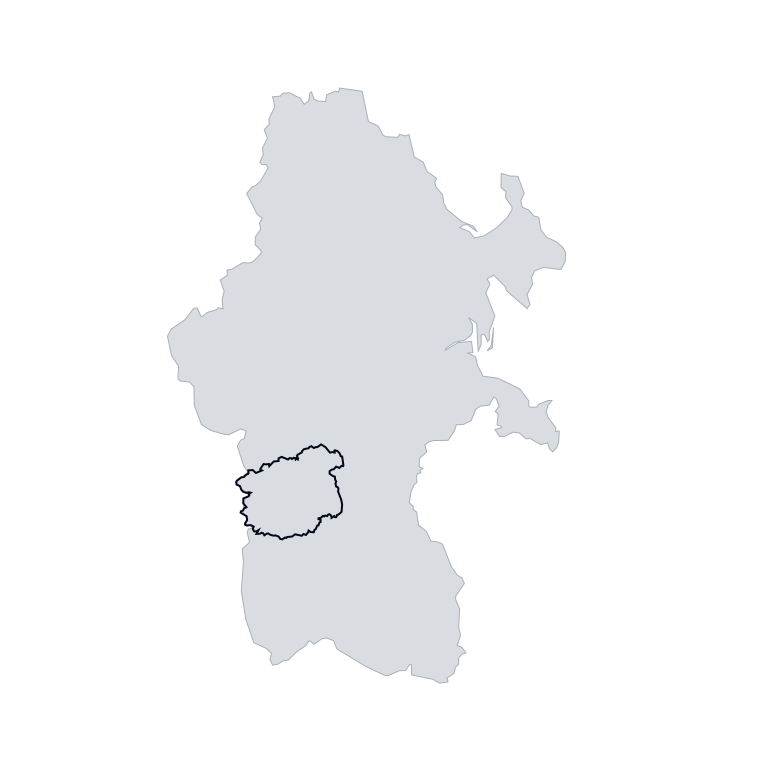 location of Zhytomyr within Ukraine, rotated 259°
{"feature_id": "UKR-324", "entity_name": "Zhytomyr", "entity_type": "Region", "adm_level": 1, "iso_a3": "UKR", "parent_name": "Ukraine", "parent_adm1": "", "projection": "mercator", "projection_center": [28.508, 50.617], "detail": "medium", "context": "in_parent", "style": "outline", "palette": "ink", "viewbox_px": 768, "rotation_deg": 259, "n_neighbors": 0, "source": "natural_earth", "source_scale": "10m", "svg_char_len": 5617}
<svg xmlns="http://www.w3.org/2000/svg" viewBox="0 0 768 768"><g transform="rotate(259 384 384)"><path d="M515.9,524.4L523.9,536.7L530.6,543.0L534.0,543.3L543.3,538.9L549.4,540.4L554.7,536.4L568.4,539.3L564.2,547.1L562.3,555.1L544.6,558.0L538.0,553.3L531.1,553.5L527.2,559.3L520.3,563.2L518.1,567.7L505.5,567.4L497.1,571.5L490.8,580.2L483.8,585.7L478.2,587.4L469.6,585.2L462.6,579.5L468.1,562.6L466.2,553.5L460.7,549.2L453.7,548.9L444.6,541.5L434.2,542.5L430.7,538.8L452.2,522.1L456.9,521.3L469.9,512.5L467.5,505.2L461.9,507.1L454.2,501.3L429.6,505.8L414.7,497.1L407.8,496.1L406.0,494.0L413.2,492.1L413.8,488.9L403.8,486.8L398.4,482.7L425.7,486.6L433.1,479.7L425.5,482.2L417.8,480.6L415.0,478.4L411.6,471.4L411.5,461.6L408.0,452.9L405.3,450.1L410.5,464.4L409.2,478.0L397.7,477.3L398.7,471.7L393.3,479.1L384.3,479.3L372.7,482.8L368.0,496.9L353.2,516.4L339.7,522.9L335.1,521.8L333.2,523.4L332.3,529.3L334.6,532.2L336.5,541.7L335.8,545.7L331.1,540.4L325.6,538.0L319.5,538.9L308.3,544.3L304.5,543.3L304.8,546.1L303.8,547.0L293.3,544.2L288.8,541.5L285.2,536.6L288.5,534.2L294.9,533.3L294.7,526.1L302.7,517.1L303.0,513.0L310.1,507.5L312.1,501.3L309.5,492.2L310.5,487.4L318.2,484.2L318.8,491.3L320.5,490.7L322.2,487.1L332.7,490.4L335.8,487.9L340.3,492.8L348.3,491.4L350.2,489.2L343.2,483.5L343.8,474.4L341.6,469.2L331.3,462.5L329.2,454.3L330.2,447.2L324.9,444.4L316.5,436.3L319.0,421.9L318.5,416.5L316.1,412.4L309.3,413.0L304.2,404.5L296.0,402.9L293.7,406.0L292.4,403.1L289.6,403.2L289.8,399.8L287.9,398.5L281.0,397.5L279.3,394.2L271.9,389.4L262.8,386.3L257.8,389.4L255.6,388.6L251.9,391.7L239.0,390.9L231.3,397.4L220.6,400.2L219.7,404.8L215.8,410.9L192.2,415.1L182.2,419.5L178.9,423.4L172.8,424.8L162.2,414.0L159.0,413.2L148.6,415.3L131.4,411.0L122.5,411.1L113.4,406.1L110.5,410.2L104.5,413.2L103.9,409.1L100.9,405.0L94.6,403.8L92.4,400.1L86.7,397.6L83.4,389.9L79.3,390.0L79.7,381.6L84.8,375.6L93.1,355.7L103.3,357.4L103.5,355.3L98.7,350.6L99.6,344.2L96.8,331.5L98.7,328.0L109.9,312.6L132.8,287.3L141.6,285.6L145.6,279.2L145.8,274.6L141.8,265.6L146.1,262.4L145.8,260.9L142.1,257.3L137.9,247.3L131.2,237.3L131.7,232.7L129.2,226.0L129.3,221.0L135.5,219.5L140.9,222.4L146.9,218.0L154.8,206.9L178.7,203.5L207.8,204.4L236.5,212.2L249.0,213.2L254.2,221.7L264.5,221.5L267.5,223.1L267.9,228.2L273.2,222.0L278.4,223.7L284.3,221.1L298.3,224.7L300.0,229.4L302.8,230.6L306.8,224.8L315.4,220.0L323.6,233.4L330.6,230.6L351.2,228.2L356.2,232.5L357.1,236.5L364.2,239.7L367.2,234.9L363.8,221.8L365.5,216.7L371.3,205.4L379.0,197.1L399.1,193.7L417.6,196.9L423.1,193.4L425.8,184.6L428.2,182.7L440.8,185.7L452.4,180.8L472.3,180.6L478.6,185.8L485.1,200.8L494.7,211.7L494.1,215.2L485.3,217.2L485.1,219.1L488.0,224.1L489.0,234.4L490.5,235.7L488.5,240.3L497.9,241.3L505.4,244.8L517.3,243.1L520.5,250.8L525.7,251.7L525.8,256.7L530.0,268.7L528.4,274.9L529.0,278.7L535.1,287.8L537.9,289.0L545.2,284.2L552.9,285.7L559.3,292.5L565.9,292.5L569.9,296.3L574.7,291.9L597.2,285.5L602.6,291.9L603.3,295.9L606.7,301.5L618.3,311.5L621.7,310.5L622.7,306.0L625.5,304.5L632.0,309.2L638.6,309.8L647.8,316.5L656.5,314.9L660.8,320.9L666.2,321.6L677.0,329.7L687.2,329.5L686.4,337.1L688.7,340.3L688.1,346.4L680.7,356.1L673.8,359.0L676.1,363.9L684.1,367.1L684.6,368.6L677.4,369.4L674.4,372.9L672.4,380.5L678.9,382.9L680.7,392.3L679.3,395.2L683.0,396.9L675.5,418.4L644.5,418.8L638.4,427.4L629.2,430.2L626.4,432.8L623.5,444.7L626.2,446.9L623.5,452.0L624.0,456.1L601.2,457.0L594.3,464.8L584.4,466.8L575.9,474.8L572.3,472.4L567.9,472.5L558.4,477.6L549.8,477.2L543.1,479.3L528.7,491.2L522.0,501.6L515.6,504.7L524.6,496.2L525.0,491.8L522.9,488.3L517.3,496.8L510.0,500.6L510.3,510.5L515.9,524.4ZM418.6,502.3L398.7,497.3L396.9,491.6L401.3,496.6L418.6,502.3Z" fill="#d9dde1" stroke="#a8b0b8" stroke-width="1"/><path d="M285.1,218.7L286.3,219.3L286.8,221.5L288.6,222.9L289.3,225.5L293.7,223.1L298.5,224.1L299.6,229.7L300.5,230.6L301.9,230.1L302.7,232.4L303.5,230.9L303.5,227.9L305.1,225.2L307.3,223.8L311.2,223.2L313.4,220.1L316.1,220.2L317.3,221.4L319.6,226.0L319.4,228.8L320.9,230.6L322.0,233.9L325.1,234.3L324.6,238.7L321.1,241.3L322.4,247.7L323.5,246.3L324.2,246.4L328.4,250.5L327.6,252.8L327.5,255.7L325.2,255.7L329.0,261.0L328.5,265.8L331.1,266.3L332.0,269.6L328.2,275.4L329.3,277.2L328.7,279.0L327.9,279.4L328.8,281.3L328.2,282.8L326.9,282.8L327.7,283.9L326.3,285.0L327.0,285.5L330.1,284.8L331.1,285.8L332.5,290.3L333.6,290.6L335.4,293.2L335.3,297.7L336.4,298.8L336.8,300.9L334.6,302.9L335.1,305.4L334.7,306.4L336.7,310.7L333.2,314.5L326.9,317.9L327.1,320.0L326.1,322.5L328.1,322.6L328.3,323.2L327.0,325.6L324.2,327.3L321.4,327.7L320.8,329.1L311.7,328.6L311.2,328.1L311.8,326.8L310.1,324.2L312.0,321.3L309.9,318.4L309.9,316.2L308.8,314.0L306.3,313.5L303.6,316.0L302.4,318.1L299.3,317.8L297.4,318.5L295.6,317.4L292.6,317.4L291.3,319.0L290.0,319.3L287.1,318.4L278.9,319.9L273.6,319.9L266.5,317.9L264.5,314.3L264.4,312.9L262.5,311.8L262.6,310.4L263.8,309.9L262.6,306.9L264.8,307.1L266.6,305.6L266.5,304.3L265.2,303.1L266.1,301.1L265.4,300.0L266.2,298.8L264.7,296.6L264.7,294.1L263.9,293.9L262.8,295.8L260.7,295.5L260.4,294.2L257.7,292.7L257.8,291.5L254.6,289.3L253.9,287.8L251.9,286.8L252.7,283.6L254.5,282.0L253.0,281.3L250.7,278.6L252.1,276.4L250.7,274.3L253.4,268.1L251.8,264.7L252.3,259.9L251.5,258.6L252.2,257.6L250.9,254.4L251.7,252.6L254.3,251.5L256.0,248.7L256.3,246.4L257.6,243.7L259.4,241.8L259.5,240.4L258.3,237.7L260.5,236.9L261.4,235.6L260.7,233.8L261.2,230.2L264.5,232.9L263.7,230.8L264.0,228.5L266.7,227.5L268.9,228.9L271.0,226.1L271.2,222.4L272.3,220.8L273.8,221.1L276.5,223.7L280.4,223.9L285.1,218.7Z" fill="none" stroke="#020617" stroke-width="2"/></g></svg>